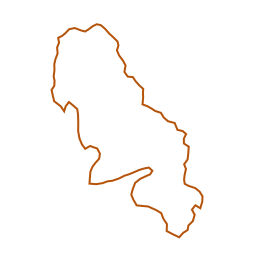 Tiradentes, Minas Gerais, Brazil (orthographic projection), rotated 195°
{"feature_id": "56859067B53051915748511", "entity_name": "Tiradentes", "entity_type": "district", "adm_level": 2, "iso_a3": "BRA", "parent_name": "Brazil", "parent_adm1": "Minas Gerais", "projection": "orthographic", "projection_center": [-44.158, -21.116], "detail": "fine", "context": "isolated", "style": "outline", "palette": "amber", "viewbox_px": 256, "rotation_deg": 195, "n_neighbors": 0, "source": "geoboundaries", "source_scale": "gbopen_adm2", "svg_char_len": 1568}
<svg xmlns="http://www.w3.org/2000/svg" viewBox="0 0 256 256"><g transform="rotate(195 128 128)"><path d="M37.4,69.2L37.2,76.1L38.3,81.2L42.4,85.1L47.6,87.4L54.7,87.8L58.8,88.8L60.5,92.8L61.2,97.6L61.4,103.4L64.4,107.5L62.3,113.1L63.1,118.5L64.5,125.7L70.0,127.5L71.3,132.2L70.3,137.1L74.4,139.2L79.7,139.0L84.2,144.9L91.1,144.9L96.1,147.3L100.2,151.2L106.2,151.5L110.1,152.8L114.6,154.0L120.1,154.6L121.3,161.6L122.6,165.5L123.4,169.7L128.0,172.0L133.0,175.3L136.4,178.4L141.6,177.6L146.0,181.3L146.5,187.7L150.2,191.7L155.4,195.8L158.8,200.2L158.6,205.3L160.6,208.9L166.4,212.2L170.5,214.3L175.7,217.8L180.9,220.3L185.1,220.1L188.5,217.1L191.5,213.2L194.4,210.1L198.7,210.1L205.2,210.8L210.4,208.2L213.1,203.2L215.6,199.8L218.8,197.0L216.7,192.6L217.3,187.4L215.3,181.8L215.9,175.7L215.7,170.6L214.0,164.8L213.1,158.4L211.2,154.7L210.1,149.6L211.7,145.0L209.5,140.8L206.3,134.8L198.5,131.5L194.0,127.6L193.8,132.8L191.8,137.8L186.7,135.5L181.9,133.1L179.8,128.3L177.6,120.9L175.3,112.0L172.2,105.4L168.3,100.3L164.0,96.8L160.0,100.8L152.4,100.2L148.5,96.0L147.9,90.9L150.5,85.8L152.3,81.3L153.0,76.1L151.8,69.4L150.8,64.3L144.2,65.5L138.2,68.2L134.3,71.0L129.3,73.1L123.5,77.0L119.2,80.9L114.7,83.8L109.9,87.5L106.3,90.4L101.9,93.1L97.6,95.2L93.4,93.0L94.6,89.0L98.1,86.2L103.0,82.1L106.9,76.8L107.6,69.8L107.6,64.5L104.5,60.4L99.6,55.5L94.1,56.4L88.2,57.4L79.5,56.0L73.9,54.4L70.3,49.5L65.5,45.2L64.0,38.5L56.8,36.9L50.3,35.7L47.6,41.0L44.0,44.9L44.4,49.5L41.3,54.8L41.1,61.4L45.1,65.7L42.9,70.8L37.4,69.2Z" fill="none" stroke="#b45309" stroke-width="2"/></g></svg>